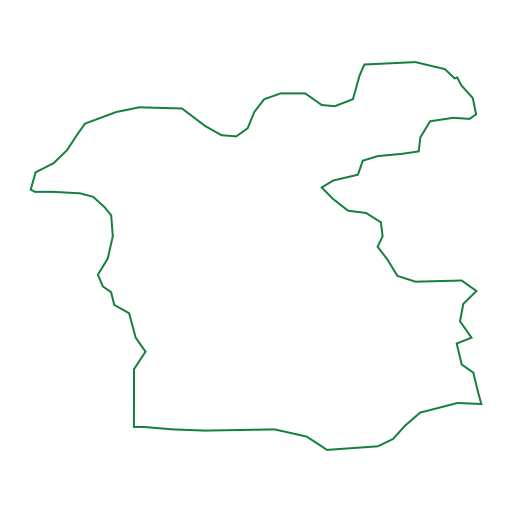 Ronneby, Blekinge, Sweden (Robinson projection)
{"feature_id": "70781695B61980194146420", "entity_name": "Ronneby", "entity_type": "district", "adm_level": 2, "iso_a3": "SWE", "parent_name": "Sweden", "parent_adm1": "Blekinge", "projection": "robinson", "projection_center": [15.274, 56.332], "detail": "fine", "context": "isolated", "style": "outline", "palette": "green", "viewbox_px": 512, "rotation_deg": 0, "n_neighbors": 0, "source": "geoboundaries", "source_scale": "gbopen_adm2", "svg_char_len": 1194}
<svg xmlns="http://www.w3.org/2000/svg" viewBox="0 0 512 512"><path d="M133.9,426.9L144.1,427.0L172.9,429.4L205.0,430.6L274.5,429.4L306.7,436.6L327.0,449.9L377.8,446.3L393.0,439.0L404.9,425.8L420.1,412.6L457.4,403.0L481.3,404.0L478.2,392.6L473.3,372.7L461.7,364.5L456.7,343.5L471.5,337.7L460.0,321.3L463.3,303.9L476.4,291.0L461.6,280.5L415.5,281.7L397.4,275.9L387.5,259.6L377.6,246.8L382.6,236.3L380.9,222.3L366.1,213.0L348.0,210.7L333.2,199.1L321.7,187.5L333.2,180.5L357.9,174.7L362.8,160.7L377.6,156.1L402.2,153.8L418.7,151.4L420.3,137.5L430.1,121.3L453.1,117.8L469.6,118.9L476.1,114.3L472.8,98.1L461.3,85.3L457.2,77.5L454.7,78.4L444.8,69.1L415.3,62.1L364.4,64.5L362.7,68.3L359.4,76.0L356.2,87.6L352.9,99.2L334.8,106.2L321.7,105.0L305.2,93.4L280.6,93.4L264.2,99.2L254.3,112.0L247.7,128.2L236.2,136.4L221.4,135.2L205.0,125.9L182.0,108.5L139.3,107.3L116.3,112.0L85.0,123.6L76.8,135.2L66.9,150.3L53.7,163.1L35.6,172.3L30.7,189.6L35.0,191.9L53.8,191.9L80.0,193.3L93.1,196.8L104.6,207.2L111.2,215.4L112.8,236.3L107.8,258.4L97.9,274.7L102.8,286.4L111.1,292.2L114.3,305.0L129.1,313.2L135.7,337.7L145.5,351.7L134.0,369.2L134.0,398.4L133.9,426.9Z" fill="none" stroke="#15803d" stroke-width="2"/></svg>